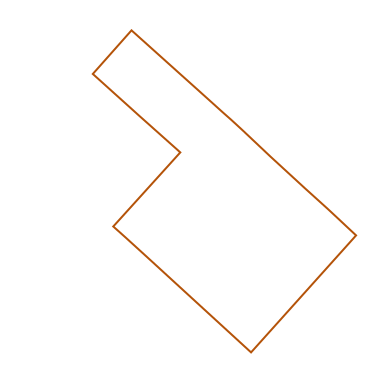 Christian, Missouri, United States of America, rotated 41°
{"feature_id": "52423323B44672295900788", "entity_name": "Christian", "entity_type": "district", "adm_level": 2, "iso_a3": "USA", "parent_name": "United States of America", "parent_adm1": "Missouri", "projection": "equal_earth", "projection_center": [-93.267, 36.954], "detail": "fine", "context": "isolated", "style": "outline", "palette": "amber", "viewbox_px": 384, "rotation_deg": 41, "n_neighbors": 0, "source": "geoboundaries", "source_scale": "gbopen_adm2", "svg_char_len": 402}
<svg xmlns="http://www.w3.org/2000/svg" viewBox="0 0 384 384"><g transform="rotate(41 192 192)"><path d="M40.3,109.7L39.7,168.0L102.0,169.1L157.2,169.8L155.2,269.7L171.4,269.9L205.2,270.7L239.4,271.6L341.8,274.3L344.2,125.4L344.3,117.1L305.3,115.7L274.4,115.1L227.9,113.8L188.8,112.2L174.3,111.8L162.4,111.7L134.7,111.2L103.1,110.7L40.3,109.7Z" fill="none" stroke="#b45309" stroke-width="2"/></g></svg>